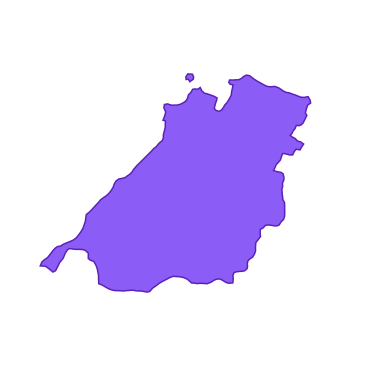 outline of São Luís, Maranhão, Brazil, rotated 31°
{"feature_id": "56859067B1800832829345", "entity_name": "São Luís", "entity_type": "district", "adm_level": 2, "iso_a3": "BRA", "parent_name": "Brazil", "parent_adm1": "Maranhão", "projection": "natural_earth1", "projection_center": [-44.287, -2.635], "detail": "fine", "context": "isolated", "style": "filled", "palette": "violet", "viewbox_px": 384, "rotation_deg": 31, "n_neighbors": 0, "source": "geoboundaries", "source_scale": "gbopen_adm2", "svg_char_len": 3378}
<svg xmlns="http://www.w3.org/2000/svg" viewBox="0 0 384 384"><g transform="rotate(31 192 192)"><path d="M195.0,305.5L198.5,303.6L200.5,302.6L202.8,301.8L205.0,300.9L206.9,299.2L207.8,294.6L209.4,291.0L211.3,286.4L213.0,283.4L214.4,281.2L217.3,276.4L219.4,273.9L222.2,272.5L225.3,270.9L228.3,269.8L232.1,269.2L234.4,269.4L238.5,270.2L241.3,268.7L243.6,267.9L245.9,266.1L248.9,264.5L252.1,262.9L254.6,259.8L256.3,256.3L258.3,253.7L261.1,252.0L265.0,252.0L267.8,252.0L270.5,251.3L273.8,248.9L272.3,245.6L270.1,242.5L269.5,239.4L271.5,237.2L274.2,235.2L276.3,233.8L277.8,232.2L278.7,229.3L277.8,226.9L276.3,225.0L275.4,222.3L276.1,219.4L277.5,216.7L277.5,212.8L276.8,209.7L274.9,206.7L272.8,202.6L273.7,195.0L271.4,191.8L269.8,188.7L271.3,186.6L272.2,182.7L274.6,180.8L277.6,179.5L280.1,178.6L282.3,177.2L283.7,175.3L283.7,171.9L284.6,168.4L283.8,165.0L281.8,161.4L280.0,158.6L278.4,155.9L276.7,153.4L273.6,151.6L272.2,149.5L270.4,147.3L267.7,143.5L266.8,140.4L265.1,138.1L264.5,134.3L263.2,132.0L260.7,129.5L258.2,129.3L255.3,130.5L250.8,131.7L250.6,128.6L250.1,125.3L251.3,118.9L250.3,114.9L249.9,112.3L252.4,111.1L254.7,110.5L257.0,109.8L259.2,108.3L258.8,104.8L259.2,101.7L262.9,100.3L262.8,97.0L263.0,93.4L259.2,93.1L256.0,94.0L253.0,93.0L249.6,93.2L247.0,92.9L247.6,90.2L247.2,87.6L247.7,84.6L247.1,81.2L249.6,80.0L251.0,78.2L251.7,75.7L251.0,67.2L248.6,66.0L247.3,62.1L246.4,57.8L247.9,54.7L245.9,52.4L242.4,50.5L239.6,53.0L236.7,54.6L233.5,55.2L229.9,55.8L227.4,56.4L224.3,56.9L221.5,58.1L218.3,58.4L215.5,58.2L212.3,58.1L208.5,58.9L205.0,61.5L201.8,62.8L199.1,63.1L195.6,63.2L191.4,63.4L187.2,63.3L183.9,62.9L181.2,62.7L178.5,63.8L176.8,66.3L175.9,69.1L174.4,71.5L171.9,73.2L169.2,75.1L166.5,76.7L167.1,79.2L169.3,80.0L172.0,79.0L173.2,82.3L174.4,85.8L175.8,88.8L176.0,93.4L176.0,97.2L175.3,100.3L175.4,104.2L175.0,106.7L173.6,108.9L170.7,109.7L168.0,108.9L167.1,105.9L166.4,103.5L165.9,100.7L164.9,98.4L161.0,98.7L155.5,99.8L151.5,100.9L148.1,100.1L145.2,98.2L144.1,100.9L141.5,102.1L139.7,103.6L139.7,107.7L138.9,110.4L139.8,113.6L140.0,116.4L139.2,118.8L137.0,122.6L134.4,125.2L132.2,126.5L130.1,128.0L127.8,128.6L125.6,129.1L123.3,131.2L124.5,134.3L128.3,137.0L129.3,140.5L130.2,145.4L132.7,144.8L134.1,147.5L135.9,150.7L138.0,157.8L139.5,160.3L140.1,163.1L138.7,166.9L138.0,171.7L136.8,174.6L136.2,177.9L131.2,197.6L130.3,202.7L130.3,205.6L129.5,208.9L128.3,211.4L127.3,214.0L125.2,216.2L122.6,218.5L121.2,221.7L121.2,225.1L122.0,228.8L121.9,233.2L121.2,237.1L120.3,239.8L118.7,243.2L117.6,246.1L117.3,248.6L116.5,252.3L115.7,256.1L115.2,258.9L114.4,262.0L113.0,265.7L114.2,268.7L115.7,272.0L117.2,279.2L117.3,282.8L117.0,286.3L116.5,290.6L114.9,294.5L113.5,296.5L110.8,300.1L108.4,303.4L107.0,306.3L104.9,307.9L103.7,310.6L103.0,313.7L102.8,316.2L102.4,319.0L102.0,322.5L100.4,326.0L99.4,329.3L100.0,333.5L104.6,331.1L109.2,331.5L114.1,332.2L115.6,329.7L115.3,325.1L114.9,320.5L115.7,315.1L114.9,309.6L115.0,305.5L116.3,303.5L121.0,301.5L125.2,299.1L127.3,297.9L130.3,297.0L134.6,297.8L137.3,302.4L139.9,302.8L143.6,302.1L147.5,304.3L150.4,306.7L154.7,311.5L157.3,315.6L159.3,318.7L162.8,318.0L166.9,318.0L170.7,317.9L173.8,317.2L176.1,316.5L181.2,313.7L184.2,312.1L188.0,309.3L191.7,306.7L195.0,305.5ZM135.0,94.8L134.1,92.5L131.7,90.8L127.6,92.9L127.4,96.4L129.0,98.6L130.8,97.2L133.3,98.6L135.0,94.8Z" fill="#8b5cf6" stroke="#5b21b6" stroke-width="1.5"/></g></svg>